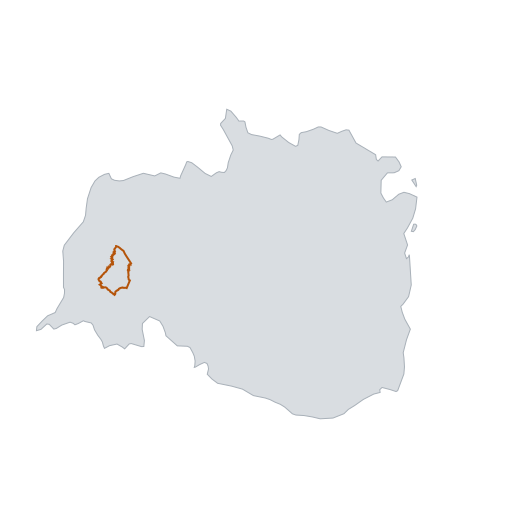 Koun Mom, Rôtânôkiri, Cambodia (highlighted), rotated 202°
{"feature_id": "14789045B34257820589195", "entity_name": "Koun Mom", "entity_type": "district", "adm_level": 2, "iso_a3": "KHM", "parent_name": "Cambodia", "parent_adm1": "Rôtânôkiri", "projection": "albers", "projection_center": [106.798, 13.499], "detail": "fine", "context": "in_parent", "style": "outline", "palette": "amber", "viewbox_px": 512, "rotation_deg": 202, "n_neighbors": 0, "source": "geoboundaries", "source_scale": "gbopen_adm2", "svg_char_len": 7198}
<svg xmlns="http://www.w3.org/2000/svg" viewBox="0 0 512 512"><g transform="rotate(202 256 256)"><path d="M431.6,104.5L432.7,108.4L429.8,115.8L426.8,122.5L421.0,128.4L420.8,132.7L418.8,145.5L419.6,149.6L420.9,153.1L422.8,154.9L427.9,167.5L432.4,178.9L437.0,188.2L437.8,194.2L433.7,209.2L428.9,223.0L429.3,229.9L431.4,236.8L433.7,246.0L434.5,257.7L433.4,265.3L431.2,270.1L427.0,275.0L423.4,277.5L419.0,273.4L415.5,273.2L410.8,274.4L407.2,276.3L399.7,283.5L391.4,290.5L379.9,292.3L375.4,297.4L370.7,298.1L361.6,298.4L355.6,299.6L355.9,302.2L355.4,314.4L355.5,317.3L354.6,318.1L350.5,318.4L343.5,316.5L334.1,313.5L327.3,313.0L323.9,318.3L321.8,320.4L319.3,320.7L316.6,321.6L315.7,324.0L315.5,327.0L316.7,332.1L317.2,340.2L316.8,345.7L319.3,349.2L333.7,361.0L337.9,364.0L338.4,365.7L335.9,372.1L338.1,381.1L333.6,380.9L326.0,377.0L322.4,374.7L318.0,376.5L316.5,376.2L313.6,371.7L309.7,367.2L305.7,366.9L297.3,368.6L288.7,369.8L285.4,369.8L284.1,370.6L279.0,377.3L276.9,376.1L268.3,373.5L260.4,372.5L258.7,374.2L259.7,379.7L261.4,385.0L260.3,387.3L255.9,390.1L250.2,395.1L246.6,399.0L244.1,400.0L235.4,399.7L226.6,400.2L223.1,403.8L219.8,406.7L217.0,407.5L205.6,398.2L183.0,394.7L180.6,390.6L178.4,389.8L176.3,395.1L163.8,400.0L158.6,396.8L154.8,393.1L155.5,388.6L159.1,384.9L165.3,382.3L168.3,373.1L163.8,361.1L159.7,357.6L155.4,354.8L150.7,359.2L146.8,366.7L142.7,370.5L137.1,371.3L128.8,370.9L125.7,359.5L124.8,349.8L126.1,338.7L127.4,332.2L119.6,323.0L119.3,314.4L115.5,309.9L114.3,312.1L114.4,314.6L113.4,312.8L101.2,287.3L99.3,275.5L101.6,266.5L102.9,263.5L99.4,258.7L94.4,253.2L85.5,246.0L85.1,234.8L83.3,221.5L80.7,217.0L76.8,208.8L74.7,202.0L74.2,184.2L75.4,182.8L81.7,182.4L89.9,181.3L91.2,178.4L89.8,176.0L95.1,172.1L102.7,163.3L108.6,154.2L112.9,148.4L115.4,142.7L123.9,134.6L135.5,129.1L143.4,127.9L151.6,126.1L159.4,123.5L163.1,123.3L172.8,126.7L178.0,127.6L183.5,127.6L189.2,128.1L194.2,127.8L206.1,125.6L218.7,127.5L229.9,126.2L243.9,123.6L250.7,125.4L256.9,128.1L257.7,133.5L259.2,136.0L261.2,138.0L264.0,138.0L267.6,134.2L270.6,130.3L271.5,129.6L271.7,131.5L273.1,135.8L275.7,140.0L278.4,142.7L282.9,146.4L285.8,146.6L295.3,143.2L309.6,148.3L311.3,150.9L315.9,156.0L320.9,159.7L332.0,160.0L336.0,150.9L334.1,145.4L327.8,135.8L326.1,130.1L328.1,129.1L338.8,128.1L340.6,127.0L343.0,120.7L345.9,121.5L351.9,122.3L358.2,118.0L361.9,113.6L363.9,115.6L366.2,118.7L368.6,120.6L373.1,123.3L378.1,127.1L381.2,130.8L383.7,132.2L390.1,131.2L391.8,131.3L395.5,126.8L398.1,124.4L400.3,125.1L403.6,125.0L410.2,119.2L414.0,114.0L416.1,112.5L422.1,115.2L424.5,114.6L427.9,107.4L431.6,104.5ZM121.7,344.5L120.4,345.2L119.3,345.1L118.1,344.1L118.3,340.0L119.2,337.5L121.2,337.1L121.7,344.5ZM140.0,384.8L137.4,387.5L133.5,381.8L133.5,380.3L140.0,384.8Z" fill="#d9dde1" stroke="#a8b0b8" stroke-width="1"/><path d="M389.4,212.8L389.2,212.4L389.2,211.6L389.6,210.2L389.9,209.3L389.9,209.1L389.8,208.9L389.7,208.9L389.5,208.7L389.1,208.1L389.1,207.9L389.1,207.6L388.9,207.5L389.0,207.4L389.1,207.2L389.0,206.8L388.9,206.8L389.0,206.6L389.1,206.4L389.2,206.2L388.9,206.1L388.6,206.0L388.4,206.0L388.4,205.9L388.5,205.9L388.4,205.8L388.2,205.9L388.1,205.7L388.1,205.8L388.0,205.6L387.9,205.5L388.0,205.4L388.1,205.2L388.3,205.0L388.2,204.9L388.3,204.8L388.3,204.7L388.5,204.6L388.6,204.4L388.8,204.2L388.7,204.1L388.8,204.0L388.7,203.9L388.7,203.7L388.8,203.6L388.7,203.6L388.8,203.4L388.9,203.5L389.0,203.2L389.1,203.3L389.1,203.2L389.1,202.9L389.3,202.8L389.2,202.7L389.1,202.8L389.1,202.7L389.3,202.5L389.4,202.3L389.4,202.2L389.5,202.3L389.6,202.2L389.6,201.9L389.4,201.7L389.5,201.5L389.6,201.4L389.3,201.3L389.4,201.2L389.5,201.2L389.5,200.9L389.3,200.7L389.2,200.7L388.9,200.5L388.9,200.4L388.7,200.4L388.6,200.2L388.4,200.0L388.4,199.9L388.5,199.9L388.4,199.8L388.5,199.8L388.4,199.7L388.5,199.6L388.3,199.6L388.2,199.4L388.2,199.2L388.0,198.9L387.9,198.9L388.0,198.7L388.3,198.5L388.2,198.4L388.0,198.1L388.2,197.9L388.2,197.7L388.2,197.4L387.9,197.3L387.8,197.1L387.8,196.9L387.5,196.9L387.4,196.9L387.5,196.8L387.5,196.7L387.2,196.6L387.0,196.4L386.9,196.3L386.9,196.2L386.7,196.2L386.6,196.3L386.5,196.2L386.2,196.2L386.1,195.7L385.9,195.5L385.8,195.4L385.8,195.2L385.7,195.2L385.4,194.7L385.6,194.4L385.9,194.2L386.3,194.2L386.9,194.3L387.2,194.2L387.5,194.0L387.7,193.6L387.8,193.3L387.8,193.0L387.6,192.8L387.4,192.5L387.3,192.2L387.5,191.1L387.6,190.6L387.8,190.4L388.0,190.3L388.3,190.2L388.5,190.2L388.5,189.9L388.7,190.1L388.7,189.9L389.1,189.7L389.1,189.4L389.3,189.4L389.2,189.2L389.0,188.9L389.1,188.7L389.3,188.5L389.4,188.3L389.4,188.1L389.5,188.1L389.5,187.8L389.5,187.6L389.3,187.4L389.1,187.2L388.9,187.1L388.8,186.9L388.9,186.7L389.1,186.4L389.1,186.2L389.1,185.4L389.5,185.0L390.0,184.0L390.5,183.4L390.5,183.1L390.5,182.4L390.9,181.9L391.3,181.0L391.4,180.1L391.6,179.9L391.7,178.7L392.2,178.6L392.2,178.4L392.1,178.1L392.3,177.7L392.6,177.4L392.7,177.1L392.9,177.0L392.9,176.9L393.2,176.8L393.3,176.4L393.3,176.1L393.4,175.9L393.3,175.5L393.2,175.2L392.7,174.8L392.3,174.5L392.1,174.5L392.0,174.3L391.7,174.3L391.4,173.9L391.0,173.9L390.6,174.0L390.5,173.9L390.3,173.9L390.2,173.9L390.0,173.7L389.8,173.5L389.7,173.2L389.4,173.1L389.2,173.0L389.3,172.8L389.0,172.7L390.1,170.9L389.3,170.8L388.8,170.5L388.2,170.3L387.6,170.0L387.3,169.9L386.9,169.9L387.2,169.6L387.7,169.4L387.8,169.2L387.4,168.7L385.9,169.2L385.6,169.4L385.0,170.0L384.0,170.5L383.8,170.6L383.1,170.6L382.6,170.5L382.1,170.3L381.1,169.5L380.7,169.3L380.2,169.5L379.8,169.3L379.5,169.2L378.6,169.2L378.4,169.0L377.9,168.4L377.3,168.1L376.9,168.1L376.4,168.2L375.7,167.9L375.4,167.8L375.1,167.8L375.0,167.7L374.9,167.7L374.5,167.6L374.4,167.5L374.1,167.5L374.0,167.4L373.9,167.5L373.7,167.5L373.6,167.3L373.3,167.3L373.1,167.3L373.1,167.2L372.9,167.2L372.6,167.0L372.3,167.6L372.3,168.2L372.4,168.6L372.8,169.5L373.0,170.1L372.9,170.4L372.5,171.1L372.3,171.5L371.8,171.9L371.7,172.4L371.4,172.5L371.1,172.7L370.9,173.2L371.0,173.4L370.9,173.7L370.8,174.3L370.1,174.9L370.0,175.3L369.8,175.5L369.7,175.6L369.1,175.9L368.9,176.2L368.8,176.3L368.1,176.6L367.9,176.6L367.7,176.9L366.7,176.9L366.2,177.1L365.4,177.6L365.1,177.6L364.6,177.8L363.9,177.8L363.8,186.1L364.6,186.2L365.3,186.7L365.5,186.9L365.8,187.7L366.6,188.6L366.8,189.3L366.7,189.7L366.8,190.2L367.3,191.1L367.6,191.8L367.9,192.2L368.2,192.9L368.5,193.3L368.4,193.6L368.5,193.8L368.5,194.0L368.6,194.3L368.7,194.2L369.0,194.4L368.9,194.5L369.1,194.5L369.3,194.7L369.4,194.8L369.5,195.0L369.4,195.2L369.5,195.4L369.4,195.5L369.5,195.6L369.5,195.8L369.4,195.8L369.4,196.0L369.1,196.3L368.8,196.4L368.9,196.6L368.9,196.8L369.1,197.0L369.3,197.1L369.4,197.4L369.4,197.6L369.6,197.5L369.7,197.8L369.9,197.6L370.1,197.8L370.1,198.2L370.0,198.6L370.2,198.8L370.5,199.0L370.4,199.1L370.3,199.4L370.2,199.5L370.3,199.6L370.4,199.8L370.5,200.0L370.4,200.2L370.3,200.4L370.3,200.5L370.3,200.8L370.1,200.8L369.9,200.9L369.7,201.0L369.4,201.0L369.2,201.0L369.3,201.2L369.3,201.3L369.2,201.4L369.2,201.6L369.3,201.7L369.2,201.9L369.3,202.1L369.1,202.4L376.3,207.4L378.6,209.1L380.7,211.1L381.0,211.2L382.0,211.4L384.5,212.1L384.8,212.3L385.7,212.5L386.7,212.8L387.4,212.9L388.6,212.8L389.1,212.9L389.4,212.8Z" fill="none" stroke="#b45309" stroke-width="2"/></g></svg>